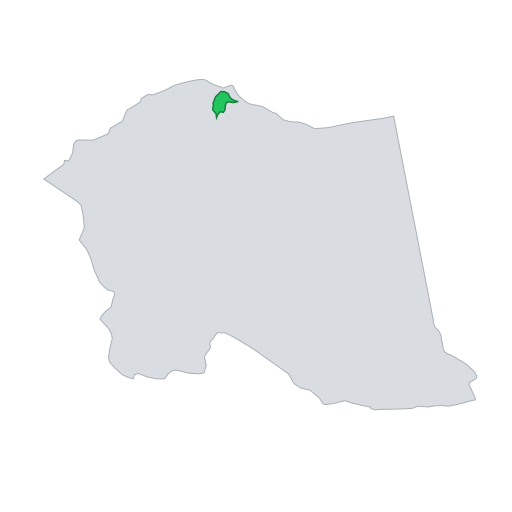 Uganda, with Kween highlighted, rotated 259°
{"feature_id": "UGA-5612", "entity_name": "Kween", "entity_type": "District", "adm_level": 1, "iso_a3": "UGA", "parent_name": "Uganda", "parent_adm1": "", "projection": "mercator", "projection_center": [34.563, 1.396], "detail": "fine", "context": "in_parent", "style": "filled", "palette": "green", "viewbox_px": 512, "rotation_deg": 259, "n_neighbors": 0, "source": "natural_earth", "source_scale": "10m", "svg_char_len": 2662}
<svg xmlns="http://www.w3.org/2000/svg" viewBox="0 0 512 512"><g transform="rotate(259 256 256)"><path d="M367.1,417.8L359.7,417.8L347.6,417.8L335.5,417.8L323.4,417.8L311.3,417.8L299.2,417.8L287.1,417.8L275.0,417.8L262.9,417.8L250.8,417.8L238.7,417.8L226.6,417.8L214.6,417.8L202.5,417.8L190.4,417.8L178.3,417.8L166.2,417.8L159.0,417.8L157.6,417.6L156.6,417.4L152.0,418.2L147.3,421.2L142.3,422.5L136.9,422.0L136.3,422.3L133.5,422.2L129.6,422.0L126.1,422.8L123.4,425.4L120.6,429.9L115.7,435.0L111.8,439.6L108.5,442.8L100.9,448.1L96.8,449.7L94.8,449.4L93.5,448.4L91.2,441.6L89.7,440.5L75.0,444.0L72.8,444.1L73.0,442.0L71.9,426.0L71.8,416.2L73.7,410.0L74.8,403.0L74.9,396.7L77.6,386.1L76.6,379.7L80.1,357.4L81.0,353.8L82.4,343.0L84.5,339.7L86.5,338.4L89.0,331.7L93.8,321.2L97.1,315.7L96.4,303.8L96.9,295.7L97.7,293.9L104.8,290.9L114.0,283.4L117.9,274.6L123.4,269.0L134.1,265.4L165.7,235.2L180.4,218.9L186.8,210.6L187.0,207.6L188.2,203.6L185.7,200.6L182.6,197.8L181.6,195.2L179.0,193.9L175.2,194.0L172.7,192.1L169.8,188.4L167.0,186.1L158.0,186.3L151.1,182.6L151.2,177.5L153.9,167.4L159.2,155.9L159.4,152.7L158.7,150.0L157.4,147.7L155.1,145.4L152.9,142.6L154.6,134.4L157.9,126.2L160.6,122.2L163.2,117.6L162.5,113.9L158.6,112.1L160.6,108.4L164.8,102.3L172.9,96.1L180.0,92.0L184.7,91.9L193.9,95.2L202.3,99.1L206.8,99.3L212.4,97.7L223.9,90.8L226.7,93.0L230.0,97.2L233.7,104.1L240.9,107.3L244.4,109.4L246.9,110.1L248.3,109.5L251.0,104.1L254.3,101.1L260.5,97.4L274.0,94.4L283.7,93.5L287.8,92.8L294.6,91.1L305.5,85.5L316.1,92.7L327.7,94.1L338.9,94.0L342.4,91.9L344.3,90.2L356.1,78.3L372.1,62.3L382.7,84.9L386.3,86.2L385.8,88.2L384.9,90.1L391.9,95.5L400.4,98.4L403.5,101.2L403.7,104.2L400.9,117.4L401.4,121.1L404.2,134.4L409.2,137.3L413.8,150.6L422.9,156.3L424.2,157.9L426.3,164.3L429.1,171.4L431.3,173.0L432.6,173.4L435.3,180.9L433.8,185.1L435.9,197.9L439.3,209.3L440.2,223.0L440.2,229.0L440.1,232.7L439.4,237.9L437.7,240.9L434.8,243.8L431.6,248.4L428.8,253.3L427.0,255.7L428.4,263.1L428.0,265.0L427.3,265.9L423.1,267.1L417.8,269.0L414.6,271.0L410.1,274.7L406.5,278.8L401.6,290.7L393.6,299.9L392.2,303.0L384.6,308.5L381.3,315.3L379.2,323.7L376.2,329.6L369.8,337.9L368.3,350.8L368.5,376.7L366.9,406.3L367.1,417.8Z" fill="#d9dde1" stroke="#a8b0b8" stroke-width="1"/><path d="M407.9,241.4L409.7,241.9L410.7,242.3L411.4,242.9L412.6,243.0L413.9,242.9L417.0,244.8L420.0,246.7L424.2,253.1L423.2,256.5L421.0,259.3L419.7,260.0L418.2,260.2L416.4,260.9L414.8,262.0L412.5,264.7L411.0,268.0L410.9,262.9L412.4,259.0L412.2,256.2L409.9,254.7L405.5,253.5L403.2,251.3L404.5,248.5L402.4,245.7L399.4,243.7L403.2,243.9L407.9,241.4Z" fill="#22c55e" stroke="#15803d" stroke-width="1.5"/></g></svg>